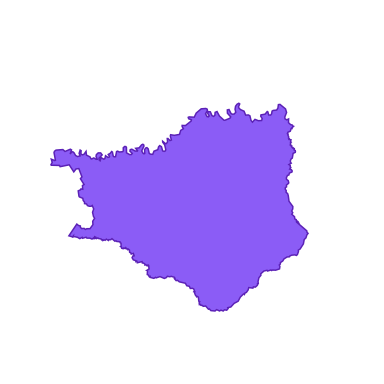 Buenavista, Córdoba, Colombia, rotated 233°
{"feature_id": "7082276B96393406171347", "entity_name": "Buenavista", "entity_type": "district", "adm_level": 2, "iso_a3": "COL", "parent_name": "Colombia", "parent_adm1": "Córdoba", "projection": "albers", "projection_center": [-75.43, 8.19], "detail": "fine", "context": "isolated", "style": "filled", "palette": "violet", "viewbox_px": 384, "rotation_deg": 233, "n_neighbors": 0, "source": "geoboundaries", "source_scale": "gbopen_adm2", "svg_char_len": 6043}
<svg xmlns="http://www.w3.org/2000/svg" viewBox="0 0 384 384"><g transform="rotate(233 192 192)"><path d="M302.9,99.4L299.7,98.1L298.7,95.8L298.1,95.7L292.9,102.2L291.6,101.9L287.6,110.3L279.2,109.7L280.2,113.3L278.8,115.7L270.3,113.2L269.8,110.9L262.9,110.3L263.1,108.4L260.0,106.4L261.3,105.2L260.9,104.2L261.4,101.8L256.7,99.2L255.8,99.1L252.7,101.0L250.7,100.0L248.6,100.1L247.4,99.2L245.9,100.6L244.1,100.3L242.4,101.4L241.3,102.9L241.3,104.2L237.6,103.3L235.7,100.4L231.8,98.6L229.6,98.4L228.4,95.1L225.6,93.3L224.1,88.5L226.0,85.9L226.3,84.3L227.8,84.0L229.2,81.9L230.9,81.6L232.1,82.4L233.6,81.2L235.7,80.7L231.1,67.3L228.1,69.5L228.3,70.6L227.7,69.9L227.1,71.3L224.7,73.3L222.3,74.3L221.9,77.0L220.9,76.8L219.6,80.2L218.4,80.3L216.7,82.6L214.6,83.8L214.5,85.1L213.8,85.5L214.4,86.1L213.8,86.4L214.8,87.4L213.8,87.9L213.1,86.3L213.1,87.9L212.2,87.8L212.0,89.2L211.0,89.4L209.3,91.1L208.2,90.9L207.6,92.0L206.9,91.6L206.4,93.3L205.7,93.6L205.9,95.2L203.6,96.1L204.0,96.8L202.8,98.4L202.9,100.0L199.1,100.8L198.8,101.9L197.8,102.1L195.6,104.5L194.7,104.1L193.8,104.5L191.3,102.7L191.4,102.1L190.1,102.5L189.4,102.0L188.1,102.9L188.3,104.0L187.1,104.5L187.4,105.6L185.9,105.5L185.3,106.4L184.5,106.1L184.4,106.9L183.3,107.1L181.4,105.9L180.2,106.5L179.0,106.1L178.3,108.2L175.9,107.4L176.5,106.4L175.6,104.6L173.1,104.3L170.8,105.9L170.2,105.3L169.8,106.3L168.4,105.7L166.5,110.2L165.2,109.6L164.4,110.5L162.6,111.0L162.0,110.5L161.6,111.4L160.0,111.7L160.2,113.0L159.5,113.2L156.4,111.4L156.6,108.8L156.1,109.2L153.0,106.6L151.9,107.2L150.3,106.9L149.8,107.8L149.1,107.1L146.0,109.6L145.8,111.5L145.0,111.7L143.7,115.5L139.6,117.9L139.1,120.0L139.5,121.6L137.6,123.3L137.2,124.6L134.5,126.6L133.4,126.5L133.4,125.8L130.8,126.0L130.1,127.3L127.9,127.8L123.1,131.8L120.3,131.4L118.3,133.1L116.0,132.6L114.7,134.5L113.6,135.0L111.6,134.5L111.3,133.5L110.5,134.1L110.3,133.5L107.8,132.7L105.4,132.7L105.5,133.3L104.2,133.8L100.7,131.7L99.7,132.1L99.3,131.1L97.6,130.1L97.1,131.2L96.2,130.9L95.0,132.1L94.0,132.1L92.7,134.3L88.5,134.6L88.1,135.5L85.9,135.7L83.1,138.8L83.2,140.9L80.4,142.4L80.2,144.0L78.2,145.3L78.4,147.0L76.7,148.6L77.2,150.8L78.1,151.0L76.8,153.8L77.7,158.6L77.0,163.1L79.0,167.4L79.5,171.3L79.4,172.3L78.7,172.3L79.4,173.4L79.1,175.1L80.0,177.9L81.5,179.8L78.6,182.8L79.3,183.9L77.9,185.4L78.1,187.6L78.5,188.8L79.3,189.1L79.1,189.9L80.7,190.8L83.3,193.9L84.0,196.9L85.3,197.7L85.6,201.9L84.3,204.8L83.4,204.8L82.2,208.1L81.3,208.4L81.3,209.2L79.2,211.8L77.9,215.6L79.5,217.3L81.2,217.8L81.3,219.2L82.4,220.1L82.3,223.0L83.2,225.1L82.9,228.8L81.6,230.9L82.0,231.6L81.6,233.5L79.9,236.3L78.5,237.2L78.6,238.5L80.3,241.1L81.6,241.9L81.4,244.0L83.5,249.7L86.5,253.0L86.8,255.4L88.6,257.9L89.1,259.8L90.6,259.6L91.9,260.3L103.8,257.7L103.3,258.5L104.3,258.3L104.5,258.8L105.2,258.6L104.3,257.9L105.0,257.4L107.2,258.6L108.7,257.9L110.5,259.0L114.2,258.3L114.8,260.0L116.8,260.2L117.8,262.2L119.7,263.8L126.2,263.9L131.2,266.7L133.1,267.4L135.2,267.0L136.4,268.1L138.2,268.2L139.3,269.2L139.2,270.6L140.7,271.6L140.8,274.3L141.3,274.9L143.2,275.7L145.3,275.1L146.6,276.0L147.8,278.2L147.3,279.6L148.5,281.2L147.8,283.8L148.5,284.7L150.1,284.8L151.5,283.8L152.2,285.7L152.8,285.5L154.0,286.4L155.6,285.9L155.3,288.6L156.6,288.6L157.9,289.5L158.8,291.2L158.7,292.5L162.0,296.0L161.5,298.3L162.0,298.9L163.0,299.4L164.1,298.9L165.1,299.8L165.6,299.2L166.5,299.4L166.7,298.8L168.5,298.8L168.6,299.4L170.4,298.8L170.4,299.3L172.0,300.2L172.1,301.1L172.7,300.9L174.2,302.5L175.6,301.1L176.1,301.8L177.0,301.5L177.8,302.4L179.9,302.9L180.3,303.6L181.2,303.3L182.0,304.5L181.4,307.1L183.0,309.4L182.5,310.1L183.1,310.4L183.3,312.2L183.6,311.8L184.0,312.4L185.1,312.4L186.5,311.3L189.3,310.8L192.2,313.1L192.6,311.1L194.5,310.3L196.0,311.2L198.6,315.4L202.1,316.7L209.0,315.0L209.8,313.6L207.3,311.1L206.5,308.9L208.3,305.9L208.4,304.6L206.5,302.6L206.1,301.1L207.4,299.6L210.3,300.8L211.0,300.5L210.2,297.2L212.1,293.5L211.2,292.5L208.3,292.2L207.2,290.6L209.0,287.9L212.1,286.0L211.4,282.3L213.6,282.2L218.0,284.1L219.6,283.4L221.1,281.1L225.2,282.2L228.7,280.3L230.8,280.0L232.1,280.5L233.6,283.1L234.7,282.8L235.0,280.8L234.3,278.4L232.2,276.2L229.3,274.9L228.9,272.5L229.9,271.0L231.1,270.4L235.6,271.2L236.3,269.6L233.6,267.7L228.7,268.1L228.1,266.7L229.5,261.4L230.2,260.7L236.1,259.6L241.2,260.4L241.7,258.4L239.5,256.4L239.4,254.7L241.0,253.9L245.0,254.9L246.3,253.5L245.5,251.9L242.4,251.5L242.2,250.3L243.2,249.4L246.3,249.9L247.9,253.4L249.0,254.0L250.4,253.3L252.9,249.4L252.5,242.9L250.4,238.8L253.7,234.9L253.9,233.9L252.5,233.4L250.0,235.0L249.2,234.1L249.0,226.8L251.1,224.2L250.2,223.5L247.7,223.2L248.0,220.0L245.5,216.7L247.9,212.0L250.6,209.4L249.8,208.4L245.9,206.8L246.3,205.4L249.2,205.0L249.6,204.4L246.8,202.7L246.1,200.7L246.7,199.9L250.2,199.1L249.5,198.6L246.0,198.5L241.7,196.6L240.9,195.5L241.2,194.2L242.5,193.3L246.6,194.9L248.5,194.1L248.2,192.5L246.4,190.2L247.5,186.2L245.7,183.3L247.2,181.6L248.6,181.1L252.9,183.0L254.6,182.7L255.0,181.5L254.4,179.7L251.2,177.4L251.4,176.6L252.5,176.2L255.0,176.5L257.5,181.2L258.6,181.8L259.7,181.5L260.0,180.1L259.1,176.3L260.8,173.3L257.8,173.4L257.6,172.9L259.0,171.2L262.4,169.7L263.0,168.2L262.0,167.0L258.8,167.5L258.4,166.2L259.4,164.7L262.7,163.3L267.1,166.5L268.1,166.5L268.9,165.6L268.7,163.7L266.3,162.0L265.9,160.9L267.7,158.0L269.4,157.2L269.7,156.1L266.2,152.2L266.9,151.0L268.1,150.7L271.8,152.5L272.7,152.2L272.1,150.0L272.4,147.7L270.2,147.6L269.7,146.9L270.2,145.7L273.0,144.8L271.1,142.5L271.3,141.3L274.2,140.1L272.2,137.4L273.1,137.1L274.9,138.1L275.7,142.6L278.2,142.6L279.7,140.6L279.4,138.1L278.1,136.7L275.2,136.0L275.8,135.1L278.3,134.1L278.8,131.7L279.4,131.3L281.4,131.7L285.0,129.9L288.2,131.8L287.1,128.3L287.8,126.6L289.5,126.3L291.7,128.3L292.8,127.9L290.8,125.1L288.2,124.4L289.2,121.9L291.2,121.0L294.4,121.4L295.9,121.0L296.3,120.0L295.7,117.5L298.1,121.1L299.4,120.6L300.8,115.0L303.6,114.4L307.3,108.6L307.3,106.7L306.5,105.5L299.5,102.0L299.7,101.3L302.9,99.4Z" fill="#8b5cf6" stroke="#5b21b6" stroke-width="1.5"/></g></svg>